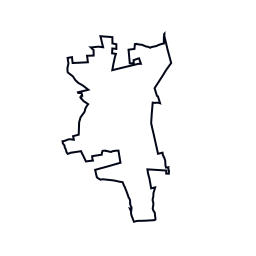 the district of Chocholá, Yucatán, Mexico, rotated 250°
{"feature_id": "50627088B77263395390231", "entity_name": "Chocholá", "entity_type": "district", "adm_level": 2, "iso_a3": "MEX", "parent_name": "Mexico", "parent_adm1": "Yucatán", "projection": "mercator", "projection_center": [-89.837, 20.727], "detail": "fine", "context": "isolated", "style": "outline", "palette": "ink", "viewbox_px": 256, "rotation_deg": 250, "n_neighbors": 0, "source": "geoboundaries", "source_scale": "gbopen_adm2", "svg_char_len": 4407}
<svg xmlns="http://www.w3.org/2000/svg" viewBox="0 0 256 256"><g transform="rotate(250 128 128)"><path d="M223.7,133.5L212.4,132.2L214.5,128.1L214.9,126.6L215.2,125.4L215.5,124.2L215.6,123.6L215.9,122.7L216.3,120.9L216.4,120.7L213.7,121.9L212.8,122.3L212.3,122.1L212.2,122.1L211.8,121.9L211.4,121.8L211.0,121.6L210.5,121.5L209.5,121.1L209.1,121.0L207.8,120.5L209.9,114.2L207.3,113.7L206.3,113.4L205.7,113.3L204.5,113.0L203.9,112.9L203.5,112.8L204.9,108.1L205.0,108.0L206.2,103.8L206.3,103.7L208.0,98.2L212.7,99.3L213.7,99.6L214.0,98.3L214.1,97.5L214.3,96.4L214.5,95.2L213.3,95.1L212.7,94.8L209.0,94.1L205.3,91.7L204.0,91.2L201.1,90.4L200.7,90.5L195.3,93.9L191.0,94.9L187.2,96.8L185.2,98.6L183.4,100.0L183.1,100.3L177.5,103.8L177.6,102.3L178.0,99.3L178.7,93.2L178.0,93.2L176.7,96.3L173.9,96.0L174.0,94.9L172.7,94.6L172.9,93.8L172.0,93.9L171.8,94.1L168.3,95.5L166.6,96.9L164.0,98.7L163.6,98.1L162.9,97.0L162.1,96.0L161.5,95.3L160.6,94.4L158.6,93.1L157.8,92.3L157.7,92.2L154.3,87.1L150.0,84.0L138.6,79.4L139.1,73.6L135.5,73.1L137.2,69.8L137.7,68.0L137.6,63.2L138.0,62.0L135.8,61.5L133.4,62.3L131.0,61.9L129.7,62.2L126.4,62.0L126.0,62.0L124.3,62.5L124.3,65.1L124.4,65.8L124.3,66.2L124.2,66.6L124.0,66.8L124.0,67.2L123.9,67.4L124.0,67.7L123.9,68.1L123.7,68.8L123.5,69.4L123.5,69.6L123.5,69.9L122.4,75.2L122.3,75.9L121.2,76.0L113.8,76.8L111.0,77.0L109.4,83.9L109.6,83.9L110.5,83.9L111.5,84.1L112.7,84.4L113.8,84.7L111.9,94.2L113.6,95.0L115.2,96.3L114.8,98.0L114.4,98.8L114.3,99.3L113.9,99.5L113.5,100.4L111.5,103.4L111.3,103.9L111.4,104.2L111.4,104.4L111.4,104.6L111.4,105.1L111.4,106.1L111.2,106.7L111.0,108.0L110.7,109.2L110.5,109.8L110.3,110.3L110.1,110.9L110.0,111.3L97.9,109.0L98.0,108.4L98.8,96.1L99.6,86.8L99.9,82.8L98.0,82.6L97.9,82.6L96.2,82.3L92.3,81.9L92.1,82.1L90.9,82.7L90.5,83.2L90.3,83.3L89.4,84.1L88.9,84.4L88.5,86.5L88.4,86.9L86.6,90.6L83.6,96.7L81.5,100.0L80.7,101.2L79.0,104.4L75.7,104.5L73.3,104.8L71.8,104.8L71.1,104.8L69.7,104.9L69.3,104.9L68.9,104.9L68.6,104.9L68.2,104.9L67.7,104.9L67.1,104.9L66.0,104.9L65.2,104.9L64.6,104.9L64.1,104.9L63.1,104.8L62.4,104.9L62.2,105.0L61.5,105.1L60.3,105.2L59.9,105.2L58.8,105.0L58.3,104.9L57.0,104.4L56.5,104.2L55.8,104.1L55.6,104.1L55.3,104.0L55.0,104.0L54.8,103.9L54.3,103.9L53.5,103.9L53.0,103.9L52.6,104.1L52.4,104.2L52.1,104.1L51.9,104.0L51.5,103.9L51.2,103.7L50.4,103.4L51.5,102.2L49.7,102.3L48.2,102.3L47.2,101.8L46.5,101.6L44.0,101.4L37.9,101.5L37.5,105.1L35.1,112.1L32.3,121.6L32.8,122.6L39.4,124.2L41.4,123.6L44.0,123.7L46.5,125.2L48.4,126.0L49.4,126.3L51.2,126.3L53.2,127.1L53.8,127.7L56.6,129.1L57.9,129.5L62.9,133.2L63.4,129.1L68.3,130.0L72.9,130.8L78.8,131.3L79.0,131.4L82.5,132.1L79.2,139.7L74.9,149.5L72.1,148.3L71.1,150.7L73.6,151.8L76.7,152.1L77.3,152.5L77.8,150.2L80.1,150.4L84.5,151.8L88.2,151.9L88.4,151.9L88.7,151.6L90.0,151.7L90.5,151.5L93.0,152.0L93.5,147.4L105.1,148.9L113.4,150.0L121.0,150.9L122.2,151.1L124.6,151.4L133.5,155.3L143.4,159.9L142.4,161.8L142.3,162.3L142.0,163.6L141.4,164.9L140.9,165.8L140.3,166.6L146.6,166.9L147.5,166.9L148.1,166.4L148.3,166.2L149.1,166.2L156.3,166.6L166.4,179.9L169.1,183.2L174.3,190.8L188.1,192.0L201.9,193.6L204.2,194.5L204.1,194.3L200.9,192.7L195.1,190.6L195.2,189.9L195.3,189.5L195.5,188.3L195.5,187.9L195.5,187.4L195.5,187.2L195.6,186.8L195.5,186.4L195.5,185.6L195.5,185.2L195.6,184.7L195.5,184.1L195.4,183.8L195.3,182.9L195.4,182.2L195.4,181.8L195.5,181.3L195.6,180.7L195.6,180.3L195.7,180.1L195.8,179.4L195.8,178.9L195.9,178.7L195.9,178.3L196.0,177.9L196.0,177.3L195.9,176.9L195.8,176.4L196.2,176.1L196.5,175.6L196.7,175.4L196.8,175.2L197.2,174.8L197.7,174.3L197.8,174.0L198.0,173.5L198.4,172.9L198.5,172.7L199.1,172.1L199.6,171.6L199.9,171.2L200.2,170.8L200.6,170.5L200.8,170.4L201.1,170.0L201.3,169.8L201.4,169.6L201.6,169.3L201.8,168.8L201.8,168.6L202.0,168.3L202.3,167.8L202.5,167.5L202.7,167.1L202.8,166.8L203.0,166.5L203.1,166.3L203.2,166.0L203.3,165.8L203.4,165.7L203.6,165.1L203.9,164.9L204.1,164.9L204.5,163.2L200.1,161.1L201.4,155.3L196.5,154.0L188.2,151.8L186.9,155.6L189.8,156.4L189.8,160.9L189.7,162.2L183.9,162.1L184.7,160.0L185.7,151.3L186.8,141.6L187.7,133.0L193.5,136.4L198.9,139.8L201.8,142.0L203.6,138.6L208.1,140.5L206.3,144.1L210.7,145.7L212.8,142.3L218.7,144.4L220.3,141.0L220.5,140.4L220.7,140.1L220.8,139.9L221.1,139.3L221.3,138.7L221.6,138.1L221.8,137.5L222.1,136.9L222.4,136.4L222.5,136.0L223.7,133.5Z" fill="none" stroke="#020617" stroke-width="2"/></g></svg>